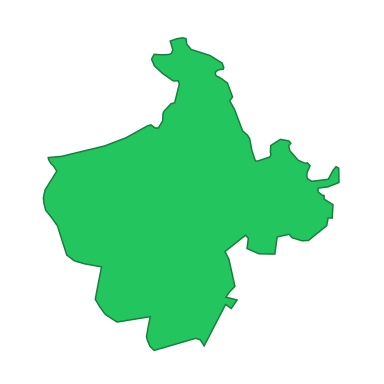 outline of Essex, Massachusetts, United States of America, rotated 264°
{"feature_id": "52423323B80508488513851", "entity_name": "Essex", "entity_type": "district", "adm_level": 2, "iso_a3": "USA", "parent_name": "United States of America", "parent_adm1": "Massachusetts", "projection": "albers", "projection_center": [-70.899, 42.651], "detail": "fine", "context": "isolated", "style": "filled", "palette": "green", "viewbox_px": 384, "rotation_deg": 264, "n_neighbors": 0, "source": "geoboundaries", "source_scale": "gbopen_adm2", "svg_char_len": 1965}
<svg xmlns="http://www.w3.org/2000/svg" viewBox="0 0 384 384"><g transform="rotate(264 192 192)"><path d="M174.8,323.0L174.9,321.5L178.9,317.4L182.7,317.8L182.9,327.8L186.1,339.2L200.4,340.4L202.1,337.9L199.1,334.8L196.9,333.2L190.4,328.8L190.2,317.9L190.1,312.2L190.3,312.0L192.8,308.6L194.8,307.8L199.3,308.4L205.7,312.2L209.0,309.7L208.6,308.3L209.3,306.4L212.5,300.9L222.7,293.7L227.5,292.9L230.2,295.4L232.8,293.5L235.1,285.3L230.0,275.2L223.0,274.0L221.8,274.6L218.7,273.3L218.7,273.0L216.3,262.3L215.9,260.4L216.3,258.3L227.0,255.9L238.7,255.0L242.4,253.3L247.6,248.7L252.5,247.4L269.4,243.0L278.8,239.0L282.2,242.3L288.5,240.7L296.7,238.6L303.2,231.3L304.6,228.6L305.8,227.8L307.2,227.7L308.7,227.9L309.7,229.2L310.6,230.8L310.8,233.5L310.8,235.8L312.3,236.6L317.0,235.5L325.9,224.1L333.8,206.1L339.7,202.2L345.1,202.1L346.3,199.0L346.1,193.6L346.0,193.1L344.4,186.1L335.4,187.8L331.7,185.8L331.2,182.9L331.6,176.3L332.9,168.7L328.3,165.7L321.3,167.8L312.8,175.3L304.4,185.0L304.0,189.9L300.8,190.7L283.7,184.5L282.5,184.0L282.0,180.4L275.2,172.6L273.2,171.4L265.9,170.3L259.3,165.3L259.4,162.2L263.1,158.2L262.3,154.3L252.7,131.6L251.7,127.7L246.9,109.7L244.5,91.5L241.1,66.2L241.3,52.6L239.2,52.8L235.1,54.7L232.0,57.2L226.8,59.7L209.5,46.1L201.8,43.6L196.3,43.6L196.2,43.6L190.3,44.4L188.8,44.8L188.4,45.1L180.3,50.2L172.3,54.7L157.0,57.8L154.6,58.3L142.3,60.9L136.2,67.4L134.8,70.3L132.0,77.2L131.9,77.3L127.0,94.2L103.2,86.9L95.4,84.6L87.4,88.3L80.1,92.5L79.7,92.8L79.1,93.3L76.0,97.0L72.3,101.6L70.5,103.9L72.4,137.4L60.2,133.7L52.9,131.6L48.5,132.3L42.9,134.1L38.4,137.8L46.1,180.3L44.1,184.8L37.7,188.0L76.7,213.7L72.0,218.9L79.9,225.5L83.9,214.8L88.8,219.0L93.6,224.8L121.2,221.7L129.3,218.6L143.4,240.7L140.1,243.2L130.0,240.8L123.5,252.2L121.6,267.9L138.4,272.0L139.8,284.2L136.1,286.7L132.0,296.3L131.6,302.7L144.4,322.4L152.0,324.7L151.4,328.7L164.7,330.9L171.1,322.6L174.8,323.0Z" fill="#22c55e" stroke="#15803d" stroke-width="1.5"/></g></svg>